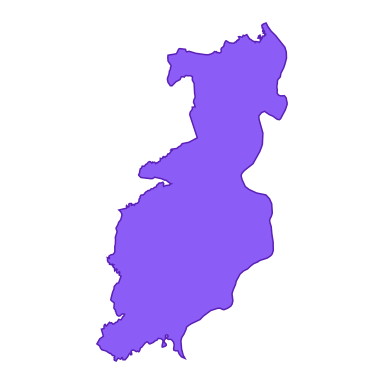 Ambalema, Tolima, Colombia
{"feature_id": "7082276B77811687937909", "entity_name": "Ambalema", "entity_type": "district", "adm_level": 2, "iso_a3": "COL", "parent_name": "Colombia", "parent_adm1": "Tolima", "projection": "natural_earth1", "projection_center": [-74.819, 4.832], "detail": "fine", "context": "isolated", "style": "filled", "palette": "violet", "viewbox_px": 384, "rotation_deg": 0, "n_neighbors": 0, "source": "geoboundaries", "source_scale": "gbopen_adm2", "svg_char_len": 5988}
<svg xmlns="http://www.w3.org/2000/svg" viewBox="0 0 384 384"><path d="M266.1,23.0L263.8,23.8L262.2,24.8L261.8,25.5L262.2,27.0L262.1,27.9L263.0,28.3L263.3,29.0L262.7,30.4L262.7,31.3L263.2,31.4L263.6,30.6L264.0,30.6L264.7,32.0L264.5,32.4L263.4,32.5L263.2,33.1L264.2,33.3L264.7,34.2L265.6,34.0L265.5,35.1L264.7,35.3L264.2,36.3L262.9,36.0L262.1,38.2L261.6,38.5L260.0,35.1L258.5,36.1L258.5,37.0L257.9,38.1L259.1,38.4L259.3,37.5L259.9,37.2L261.3,39.5L261.1,39.8L260.4,39.7L260.3,41.2L259.2,42.4L258.1,41.9L255.8,41.5L255.3,41.6L255.0,42.4L253.9,41.3L252.6,41.0L250.9,39.5L249.6,39.0L246.8,34.6L244.5,35.8L243.2,35.3L242.4,36.9L241.8,37.2L239.8,36.6L238.6,36.7L239.2,37.8L239.0,39.5L237.9,39.8L237.8,40.4L236.8,40.6L236.3,41.9L235.4,41.9L233.8,43.3L229.7,42.9L226.2,40.8L225.5,41.1L224.2,44.1L223.8,46.2L221.3,48.3L221.0,49.8L221.3,50.8L221.2,51.9L219.6,53.1L217.9,52.4L217.1,52.7L216.3,51.6L215.4,51.8L214.7,51.5L212.7,53.2L210.0,54.4L209.5,54.3L208.5,54.8L204.7,54.6L195.8,53.3L189.1,51.3L186.7,51.8L186.0,51.1L185.5,49.3L179.6,48.6L178.7,49.1L176.9,52.9L176.2,53.8L168.0,55.2L167.8,57.7L168.1,61.2L170.9,65.3L171.1,66.1L170.4,67.9L170.4,69.2L169.4,71.1L169.0,74.1L167.5,78.2L167.4,79.5L168.0,82.3L170.3,85.7L172.0,85.8L176.0,81.7L180.0,79.6L181.3,76.8L182.7,76.7L184.3,77.1L185.3,75.8L186.2,75.4L187.2,75.8L190.4,75.7L192.4,76.7L192.3,80.0L194.1,83.5L194.6,93.5L195.1,96.0L195.0,97.7L194.0,99.6L193.5,102.3L193.7,103.0L194.4,103.6L194.4,104.5L195.2,106.8L192.2,107.2L192.5,108.4L191.7,110.2L190.3,112.0L189.7,114.6L197.3,137.8L188.8,142.3L182.4,143.6L181.8,144.0L180.5,146.0L178.9,146.6L176.7,148.5L171.3,149.2L170.9,149.8L172.2,149.7L172.3,150.2L171.1,151.2L169.4,153.7L167.9,153.9L166.7,156.2L165.5,156.5L165.0,157.4L163.8,156.6L163.4,157.3L162.8,157.1L162.5,158.0L161.7,158.7L160.3,158.4L160.2,161.0L158.4,161.8L157.7,162.8L156.6,162.8L155.9,163.6L154.8,162.3L154.2,162.2L153.3,162.6L152.5,162.1L151.8,163.1L150.3,161.7L149.4,161.6L148.3,162.2L146.7,164.1L145.5,164.5L145.2,165.4L144.3,166.3L142.2,166.1L141.4,168.3L140.4,168.6L139.7,171.2L139.6,172.8L138.6,174.8L138.9,175.5L140.9,177.5L150.9,178.7L152.8,178.5L154.7,177.2L161.5,178.7L164.6,180.1L165.9,180.1L169.9,183.3L171.2,183.8L170.3,184.1L169.2,185.4L168.1,185.1L167.5,185.5L166.1,185.4L163.6,186.5L163.3,185.3L163.8,183.9L162.9,182.2L161.1,182.9L159.2,183.0L158.3,183.7L157.8,184.7L156.7,185.2L156.4,186.5L155.9,187.1L154.4,187.4L152.9,188.8L151.2,188.8L149.6,190.5L148.0,190.5L147.0,191.4L146.2,191.7L145.0,192.8L144.7,193.6L143.3,194.8L140.9,195.2L140.0,196.9L140.2,197.3L140.0,198.0L139.1,199.1L138.9,201.6L137.5,203.3L135.3,203.6L134.4,205.3L133.2,204.5L131.7,205.4L131.4,205.2L131.8,204.0L131.5,203.5L129.3,203.6L128.8,204.2L129.0,206.4L128.7,207.0L128.0,206.8L126.6,205.5L126.3,206.3L126.9,207.6L126.5,208.2L118.9,210.0L120.8,211.8L121.8,213.9L121.9,215.3L120.8,219.6L118.7,222.3L117.7,225.2L116.1,227.8L116.1,228.6L117.1,231.8L115.3,237.3L115.5,239.6L115.3,244.8L114.8,246.2L114.8,252.1L113.2,254.3L110.7,254.9L109.1,256.0L108.7,257.1L109.4,257.7L109.4,258.4L107.3,257.7L107.6,258.7L107.4,260.4L107.9,261.2L107.9,261.9L109.4,263.0L109.5,264.3L110.4,264.2L111.0,264.7L112.1,264.1L113.8,264.8L112.5,265.6L113.3,267.1L114.3,267.8L114.7,270.7L116.3,269.0L116.9,269.2L117.1,269.6L116.4,270.9L116.6,272.2L117.2,273.0L118.0,273.0L118.9,271.9L119.5,271.8L119.8,273.0L119.1,274.4L119.2,275.1L121.1,276.1L118.5,283.0L116.9,283.3L114.2,286.5L114.0,288.8L112.5,292.6L110.8,299.4L111.0,300.3L114.3,303.0L113.9,307.9L114.1,308.6L115.4,309.9L115.4,311.1L116.1,312.2L116.1,313.0L117.0,315.0L118.3,316.0L119.8,316.0L122.3,313.9L125.1,314.2L124.6,314.4L123.7,316.2L122.7,316.9L121.3,319.6L121.1,319.8L118.7,319.4L117.3,321.9L115.5,322.5L114.3,323.7L112.7,324.1L111.6,322.7L110.4,323.0L109.5,322.3L106.4,326.1L105.8,325.8L105.3,324.4L104.6,324.6L104.0,325.9L104.0,328.5L101.4,329.2L103.4,336.3L99.7,338.9L96.9,343.9L99.6,345.9L100.6,348.3L101.9,349.8L105.9,350.9L109.8,353.4L110.5,353.3L112.5,355.5L113.2,355.3L114.6,356.2L114.8,356.7L114.0,357.8L114.7,359.0L114.1,359.8L114.5,360.3L116.2,361.0L117.9,358.3L118.4,358.2L120.5,359.2L121.1,358.9L121.8,357.5L122.3,357.7L123.0,359.8L125.1,359.8L127.6,356.9L129.5,353.4L130.2,353.2L130.8,354.8L131.7,354.6L131.7,353.3L131.1,351.3L131.9,350.4L133.4,349.9L136.3,351.6L137.7,351.2L138.8,351.8L139.4,351.1L140.6,347.8L141.8,347.1L144.8,343.4L146.6,341.9L147.9,342.2L149.2,343.8L150.0,343.9L153.3,342.4L155.1,340.9L157.1,340.0L158.2,338.4L161.0,338.7L162.3,339.6L162.9,340.4L163.0,341.8L162.1,345.7L162.1,346.9L162.9,347.1L165.4,346.1L166.2,345.4L166.3,344.5L165.8,343.6L164.5,342.4L164.0,340.8L165.5,338.5L165.5,335.4L166.6,334.8L167.7,335.2L168.1,336.3L167.8,336.9L166.7,337.2L166.8,338.4L168.3,339.4L170.2,339.3L171.5,339.7L173.5,342.1L174.2,344.9L173.6,348.8L173.8,350.1L175.6,350.8L177.9,350.8L179.3,354.2L181.4,356.8L185.0,358.4L183.2,355.2L181.6,349.1L180.9,340.9L181.7,337.6L183.8,334.3L186.0,329.5L186.5,327.2L188.9,325.2L191.5,323.6L200.1,319.5L203.2,316.2L210.8,310.5L218.0,308.2L220.4,308.3L222.5,309.4L224.0,309.7L227.7,308.2L230.7,306.2L232.1,304.1L232.9,300.7L232.0,293.8L233.0,290.3L235.4,284.7L236.3,281.0L240.1,274.0L243.6,270.9L247.6,268.9L250.6,266.0L253.6,263.7L257.8,261.9L257.7,261.6L260.6,260.2L267.4,258.0L270.2,256.1L271.7,254.7L272.4,253.3L273.3,250.4L273.1,241.9L271.9,234.2L271.2,226.6L269.8,222.1L269.7,219.6L271.4,216.1L272.3,213.0L271.7,203.8L269.5,198.8L265.9,194.9L256.6,193.0L249.3,189.6L245.3,186.6L242.1,179.7L241.2,176.3L241.3,174.9L242.0,173.2L244.5,170.4L253.0,163.7L259.8,151.5L261.5,147.1L262.4,144.1L262.9,133.1L259.4,120.6L258.9,118.3L258.9,115.8L261.6,112.6L264.5,111.3L269.3,114.6L272.8,116.1L277.2,119.3L279.4,119.7L280.6,118.7L285.4,109.7L287.1,104.5L287.1,102.7L286.1,97.8L284.4,95.7L280.8,95.9L278.5,95.1L277.1,93.1L277.3,90.1L276.8,86.6L277.4,83.0L277.4,80.9L278.0,79.5L280.3,76.9L280.9,73.3L283.6,68.0L284.9,64.2L286.5,58.2L286.3,52.1L284.9,47.3L275.8,35.8L271.1,31.1L268.0,26.7L266.1,23.0Z" fill="#8b5cf6" stroke="#5b21b6" stroke-width="1.5"/></svg>